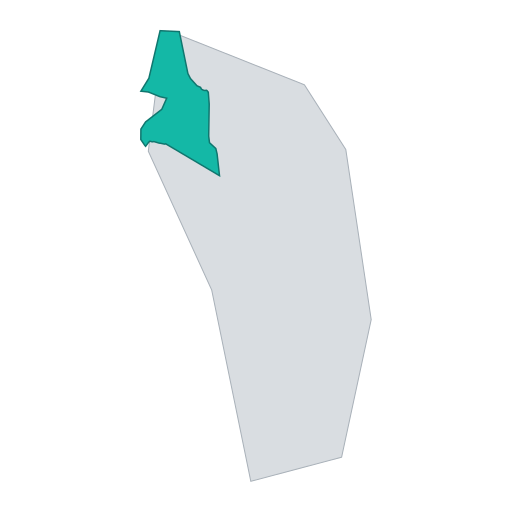 Saint John highlighted on a map of Dominica
{"feature_id": "DMA-1435", "entity_name": "Saint John", "entity_type": "Parish", "adm_level": 1, "iso_a3": "DMA", "parent_name": "Dominica", "parent_adm1": "", "projection": "robinson", "projection_center": [-61.45, 15.568], "detail": "fine", "context": "in_parent", "style": "filled", "palette": "teal", "viewbox_px": 512, "rotation_deg": 0, "n_neighbors": 0, "source": "natural_earth", "source_scale": "10m", "svg_char_len": 909}
<svg xmlns="http://www.w3.org/2000/svg" viewBox="0 0 512 512"><path d="M341.6,457.2L250.8,481.3L211.7,290.0L148.3,151.2L159.2,64.4L170.7,31.6L304.4,84.8L345.8,149.5L371.2,319.6L341.6,457.2Z" fill="#d9dde1" stroke="#a8b0b8" stroke-width="1"/><path d="M145.6,146.3L144.8,145.4L140.8,139.5L140.9,129.1L145.6,121.9L161.8,109.3L166.7,98.2L160.0,96.7L148.3,92.0L140.9,91.2L148.9,78.2L160.1,30.7L179.3,31.6L187.9,73.6L190.5,78.6L197.0,85.8L200.5,87.3L200.8,87.8L201.2,88.8L201.6,89.2L202.0,89.5L203.7,90.3L204.2,90.4L205.1,90.5L205.6,90.4L205.9,90.3L206.2,90.3L206.5,90.3L206.9,90.5L207.1,90.7L207.9,91.9L208.3,92.1L209.2,104.1L208.7,136.2L209.5,142.7L215.8,148.5L217.1,154.0L219.5,175.7L165.7,143.8L165.4,144.0L164.7,144.1L164.0,144.0L159.8,143.1L159.4,143.2L154.4,141.7L153.6,141.6L152.7,141.8L152.1,141.8L149.9,141.2L149.2,141.7L148.8,142.1L145.6,146.3Z" fill="#14b8a6" stroke="#0f766e" stroke-width="1.5"/></svg>